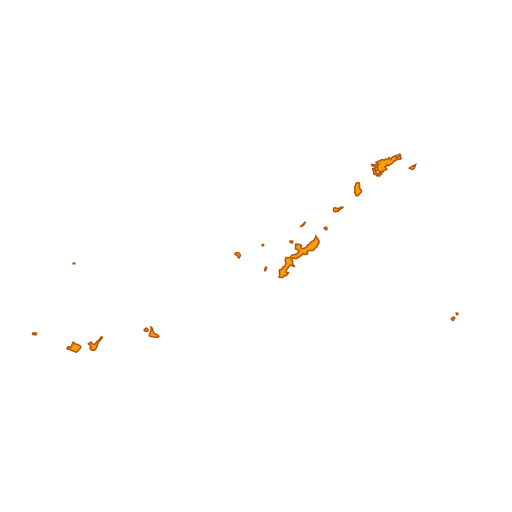 Okinawa, Robinson projection, rotated 9°
{"feature_id": "JPN-3502", "entity_name": "Okinawa", "entity_type": "Prefecture", "adm_level": 1, "iso_a3": "JPN", "parent_name": "Japan", "parent_adm1": "", "projection": "robinson", "projection_center": [127.452, 26.383], "detail": "fine", "context": "isolated", "style": "filled", "palette": "amber", "viewbox_px": 512, "rotation_deg": 9, "n_neighbors": 0, "source": "natural_earth", "source_scale": "10m", "svg_char_len": 6121}
<svg xmlns="http://www.w3.org/2000/svg" viewBox="0 0 512 512"><g transform="rotate(9 256 256)"><path d="M316.1,232.1L315.7,232.6L315.7,233.0L316.1,234.0L315.4,235.0L314.7,236.4L314.6,237.6L314.2,237.5L312.5,240.4L311.4,241.5L310.1,242.0L307.9,242.1L307.2,242.4L306.5,243.4L305.9,244.5L306.1,244.7L306.6,245.0L306.6,245.5L306.4,246.0L306.2,246.1L304.8,246.6L303.9,246.8L302.9,246.7L302.2,246.3L301.2,247.7L298.6,250.5L298.0,250.9L297.4,250.9L297.0,251.2L296.8,252.1L296.4,252.3L293.0,252.3L292.4,252.4L292.0,252.7L291.4,253.6L291.6,254.0L292.7,254.7L292.9,255.4L293.1,257.1L293.4,257.8L293.9,258.6L294.9,259.5L295.4,260.3L294.5,260.5L292.5,259.7L291.5,259.4L290.9,259.9L288.4,264.7L288.0,265.7L287.9,266.8L288.3,267.5L289.1,267.5L290.0,267.2L290.7,267.4L290.2,268.6L289.3,270.1L288.3,271.1L287.3,270.9L286.6,271.5L285.8,273.0L285.0,273.3L282.1,273.3L282.4,271.1L281.3,267.1L281.5,265.8L282.5,265.9L283.4,264.8L284.2,263.4L284.5,262.2L285.4,262.3L286.1,261.4L286.6,259.6L286.4,258.4L285.7,255.9L285.5,254.7L285.6,253.3L286.1,252.7L286.9,252.6L288.5,252.7L289.2,252.6L289.7,252.3L290.0,251.7L291.0,249.9L292.7,248.9L294.6,248.3L296.3,247.4L297.4,245.5L297.5,244.5L297.2,243.8L296.4,243.3L294.1,242.9L293.7,242.3L293.7,240.4L293.3,238.4L293.3,238.0L297.6,237.8L298.7,238.1L299.4,238.8L299.3,239.3L299.0,239.8L298.8,240.4L299.2,241.2L299.6,241.5L300.1,241.4L302.2,240.9L304.9,239.2L304.5,238.2L304.9,237.5L306.9,235.8L307.1,235.5L307.4,234.4L308.1,234.1L308.7,233.0L310.5,231.8L311.0,231.1L311.2,230.0L312.0,228.2L312.0,226.9L315.8,231.1L316.1,232.1ZM383.4,135.7L384.1,136.7L384.1,137.2L383.8,137.6L382.8,137.6L382.2,138.0L380.1,139.0L379.1,139.2L378.7,140.2L377.2,141.0L375.9,143.4L374.9,144.0L373.2,145.8L372.6,146.1L371.3,145.5L370.6,145.6L371.0,146.4L370.7,147.0L370.3,147.4L369.3,147.9L371.1,149.4L371.7,149.9L369.1,151.7L368.6,151.7L368.4,153.0L367.8,153.0L366.9,152.7L366.0,153.1L366.6,153.5L367.1,154.3L367.3,155.1L367.2,155.5L366.7,155.3L365.3,153.9L362.7,152.1L362.4,151.4L362.4,149.8L361.9,149.1L361.2,150.0L360.5,150.0L358.8,149.1L356.4,148.5L355.8,147.9L355.8,147.6L356.6,147.2L357.0,147.3L357.5,147.6L358.9,147.1L360.5,147.6L361.9,147.6L362.9,146.0L361.1,145.9L360.4,145.6L359.8,144.8L361.6,143.4L362.8,143.1L363.1,142.9L364.2,142.1L364.9,141.2L366.2,141.1L367.3,141.2L368.3,140.9L368.9,139.7L369.9,140.0L370.8,139.7L371.5,139.0L372.0,138.0L372.3,138.6L374.0,139.7L374.8,137.5L376.2,136.3L379.4,134.5L378.8,136.5L378.9,137.0L379.7,137.2L380.3,137.0L380.8,136.2L381.7,134.5L381.4,133.3L381.7,132.9L382.4,133.0L382.9,133.8L383.4,135.7ZM91.0,371.3L92.0,371.1L93.9,371.4L95.8,372.0L97.0,372.7L97.1,374.2L96.0,376.2L93.9,379.0L92.8,379.1L87.6,377.7L84.5,377.5L83.7,376.8L84.5,375.2L85.2,375.7L85.7,374.9L86.8,375.7L87.4,375.5L87.7,374.9L88.0,372.9L88.8,369.8L89.2,369.7L89.6,369.9L91.0,371.3ZM348.1,173.4L349.9,174.8L350.1,175.5L349.9,176.5L348.7,178.2L348.2,179.4L347.5,180.0L346.8,180.6L346.1,180.9L345.2,180.6L344.8,179.7L344.6,178.5L343.5,178.2L343.3,177.4L343.7,175.8L342.7,172.6L343.2,170.9L343.4,168.7L343.7,168.4L346.0,167.4L347.0,168.5L347.5,171.9L348.1,173.4ZM116.7,360.2L116.9,360.9L116.6,361.5L116.2,362.0L115.7,363.0L113.9,365.7L113.3,368.2L112.9,370.7L112.3,372.9L110.8,374.5L109.1,374.7L107.2,374.2L106.4,373.1L107.4,371.7L106.9,371.3L106.4,370.0L104.7,369.5L104.2,369.2L104.2,368.8L105.0,368.5L106.1,366.9L106.7,366.8L106.9,367.1L107.0,367.5L108.1,368.4L108.6,368.5L109.8,368.5L110.4,368.4L110.8,368.1L111.4,367.3L111.8,366.2L112.3,365.3L113.1,364.9L113.7,364.4L115.3,361.0L116.0,360.0L116.3,359.8L116.7,360.2ZM169.5,348.7L170.3,348.9L171.4,349.5L172.3,350.2L172.7,350.8L172.3,351.3L171.2,351.6L169.3,351.9L165.1,352.0L163.0,351.5L163.0,350.5L163.2,349.8L163.8,346.5L163.9,344.4L163.7,343.7L163.2,342.7L163.9,342.9L164.4,343.2L164.9,343.6L165.2,344.3L166.2,346.7L168.0,348.7L168.4,348.8L169.5,348.7ZM333.9,194.0L334.3,194.3L333.8,195.1L332.4,195.9L331.7,196.6L331.0,198.0L330.5,198.6L329.9,198.3L329.6,199.2L329.2,199.4L328.8,199.2L328.4,199.3L327.7,199.9L327.0,200.0L326.3,199.8L325.6,199.3L325.4,198.8L325.3,197.3L325.7,196.3L325.9,196.1L327.1,196.0L329.0,196.3L329.9,196.2L330.7,195.8L331.5,195.1L333.9,194.0ZM363.2,155.5L364.7,155.3L365.7,156.2L365.9,157.4L364.6,157.9L363.6,156.9L363.5,156.6L362.9,156.9L363.0,157.3L362.4,158.0L361.6,156.7L361.0,156.6L360.0,156.8L359.5,156.7L359.4,156.3L359.2,154.3L357.8,152.3L357.5,151.4L358.3,151.1L359.8,151.1L359.5,152.2L360.1,152.5L361.9,152.3L361.0,153.7L361.0,154.1L361.6,154.6L363.2,155.5ZM240.4,257.8L240.4,258.4L240.3,258.9L239.6,260.1L239.7,260.5L239.4,260.6L239.0,260.6L238.4,260.0L237.9,258.8L237.0,258.4L235.9,258.1L235.1,257.6L234.8,256.8L235.3,256.2L236.1,255.9L237.5,255.6L238.4,255.7L239.3,256.2L240.0,256.9L240.4,257.8ZM399.4,140.8L399.4,141.8L398.9,143.2L398.3,144.7L397.7,145.6L396.8,146.0L395.7,145.9L393.6,145.2L396.7,142.5L398.8,141.3L399.4,140.8ZM160.3,345.0L160.7,345.5L161.0,346.7L160.4,347.4L158.6,347.6L157.7,347.4L157.2,346.7L157.2,346.0L158.0,345.7L158.3,344.5L159.0,344.4L160.3,345.0ZM461.0,285.4L462.1,286.4L461.5,287.1L460.9,288.7L460.4,288.7L458.9,288.1L458.9,287.4L459.3,286.5L460.1,285.6L460.6,285.3L461.0,285.4ZM50.6,366.5L51.3,366.8L51.4,367.4L51.0,368.1L50.4,368.5L49.9,368.3L47.9,368.5L47.4,368.3L47.4,367.6L47.7,367.0L48.3,366.6L48.9,366.7L50.6,366.5ZM321.8,217.6L321.9,218.6L321.5,219.1L320.7,219.1L319.7,218.5L319.0,217.9L319.0,217.5L319.6,217.4L319.9,216.8L320.6,216.5L321.3,216.7L321.7,217.2L321.8,217.6ZM299.1,215.0L299.4,215.0L299.0,216.4L298.1,218.0L297.0,219.2L295.7,219.7L296.2,218.9L298.7,215.8L299.1,215.0ZM289.9,235.6L290.0,237.3L288.8,237.5L287.4,236.9L287.2,236.0L287.9,235.7L289.3,235.8L289.9,235.6ZM268.1,265.8L268.2,266.4L267.7,268.7L267.3,269.3L266.9,269.0L266.8,268.3L266.8,267.4L267.0,266.2L267.4,265.5L267.9,265.4L268.1,265.8ZM462.7,281.0L463.3,280.9L464.3,281.2L464.6,281.8L464.3,282.4L464.0,282.6L463.7,282.7L463.3,282.4L462.8,281.7L462.7,281.0ZM260.8,243.5L261.4,243.4L261.8,243.7L261.9,244.2L261.6,244.7L260.5,244.8L260.2,244.5L260.5,243.9L260.8,243.5ZM78.2,292.0L77.4,292.0L76.6,292.2L76.7,291.6L77.6,291.3L77.9,291.3L78.2,292.0Z" fill="#f59e0b" stroke="#b45309" stroke-width="1.5"/></g></svg>